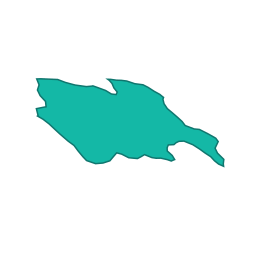 Nyköping, Södermanland, Sweden, rotated 202°
{"feature_id": "70781695B52980930896753", "entity_name": "Nyköping", "entity_type": "district", "adm_level": 2, "iso_a3": "SWE", "parent_name": "Sweden", "parent_adm1": "Södermanland", "projection": "equal_earth", "projection_center": [16.866, 58.841], "detail": "fine", "context": "isolated", "style": "filled", "palette": "teal", "viewbox_px": 256, "rotation_deg": 202, "n_neighbors": 0, "source": "geoboundaries", "source_scale": "gbopen_adm2", "svg_char_len": 1275}
<svg xmlns="http://www.w3.org/2000/svg" viewBox="0 0 256 256"><g transform="rotate(202 128 128)"><path d="M106.5,169.7L107.4,169.9L111.2,171.1L117.3,171.8L124.6,173.2L130.3,173.7L138.3,171.6L146.7,171.1L152.0,169.7L156.6,168.0L162.3,166.6L165.0,165.6L163.3,165.2L159.5,163.3L156.1,159.9L151.5,157.3L151.5,154.6L156.1,153.3L162.8,154.4L172.1,154.1L176.4,153.9L176.8,153.5L182.1,150.8L193.2,148.0L203.1,146.8L211.4,146.6L227.4,140.9L231.0,139.3L226.6,134.7L226.2,129.3L221.6,125.1L214.4,121.7L211.9,117.0L215.2,114.9L220.2,111.6L216.0,105.8L216.4,105.2L210.1,104.3L202.6,102.2L195.4,99.4L189.1,97.0L178.6,93.4L171.5,91.6L165.6,88.0L158.9,84.4L154.3,82.3L153.5,82.3L144.7,82.8L138.0,86.2L132.5,90.8L130.9,95.7L129.2,100.7L124.1,101.4L116.2,100.7L107.8,103.2L105.3,106.1L102.7,109.5L94.8,109.5L90.6,110.5L86.4,112.3L79.7,113.4L75.5,113.6L73.6,115.6L72.9,116.2L76.7,119.1L83.0,121.4L84.3,124.3L84.3,127.4L79.2,129.8L77.9,132.4L75.8,134.7L71.2,136.8L61.6,136.8L53.6,135.3L47.3,133.7L40.6,132.4L35.5,130.0L30.5,128.5L25.0,128.3L26.2,130.4L27.4,134.8L35.6,138.2L39.7,141.9L39.3,149.2L42.8,151.4L51.0,152.5L61.3,153.4L66.3,151.9L75.9,151.7L80.3,154.3L86.2,156.5L90.9,158.1L98.8,160.7L103.7,164.0L106.4,167.8L106.5,169.7Z" fill="#14b8a6" stroke="#0f766e" stroke-width="1.5"/></g></svg>